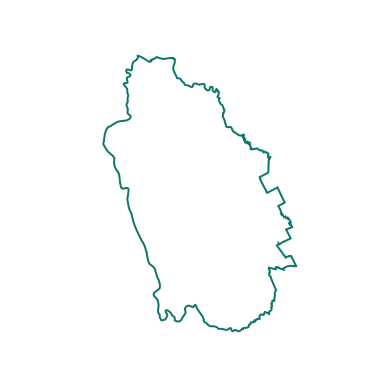 Ignacio de la Llave, Veracruz, Mexico, rotated 153°
{"feature_id": "50627088B21010720100332", "entity_name": "Ignacio de la Llave", "entity_type": "district", "adm_level": 2, "iso_a3": "MEX", "parent_name": "Mexico", "parent_adm1": "Veracruz", "projection": "natural_earth1", "projection_center": [-95.975, 18.656], "detail": "fine", "context": "isolated", "style": "outline", "palette": "teal", "viewbox_px": 384, "rotation_deg": 153, "n_neighbors": 0, "source": "geoboundaries", "source_scale": "gbopen_adm2", "svg_char_len": 5983}
<svg xmlns="http://www.w3.org/2000/svg" viewBox="0 0 384 384"><g transform="rotate(153 192 192)"><path d="M178.6,48.3L178.2,48.6L178.2,49.6L177.6,50.3L175.2,50.7L174.0,51.7L174.0,53.2L173.7,53.4L172.6,53.7L172.1,54.5L172.3,55.9L172.1,56.5L170.8,56.8L170.3,58.0L169.6,58.7L168.6,58.2L168.3,57.7L167.9,57.7L166.8,60.1L165.1,61.9L164.9,62.9L164.4,64.2L162.8,65.7L161.7,66.2L160.8,78.5L160.7,79.6L160.4,80.2L160.7,82.8L160.8,82.8L159.9,84.9L159.0,85.1L158.3,88.1L158.4,88.8L157.8,89.6L152.6,85.1L152.1,85.8L152.1,86.3L151.8,86.5L151.0,86.1L150.9,86.6L149.4,85.4L149.2,85.6L148.9,84.8L149.0,84.6L145.6,81.2L145.5,82.3L143.0,82.6L141.5,82.6L137.9,81.6L135.0,79.9L133.7,78.9L132.8,78.7L132.8,90.1L134.6,90.9L135.6,90.8L137.5,91.5L138.3,91.1L140.7,105.9L138.2,106.6L138.1,106.8L137.9,105.6L134.7,106.2L125.2,105.8L125.1,115.9L118.7,115.2L118.6,118.3L119.7,118.3L119.7,120.3L117.7,120.4L117.8,124.0L118.6,124.0L118.4,125.8L120.0,125.9L119.8,127.7L121.5,127.8L121.5,130.8L122.4,130.7L122.5,132.5L121.9,132.4L121.4,136.4L121.5,140.4L114.2,140.4L113.8,157.3L125.4,157.1L125.6,170.2L125.5,172.3L125.2,172.3L125.0,174.5L115.2,174.7L109.5,185.0L106.4,187.6L107.6,188.5L108.4,188.1L108.4,188.5L107.9,189.7L106.5,191.3L106.8,191.8L106.9,192.9L107.9,193.2L108.3,193.7L108.7,194.8L109.2,194.9L110.1,194.7L110.4,194.9L110.3,196.9L111.1,197.5L112.3,197.9L112.8,198.8L113.6,199.7L114.1,201.2L115.3,201.7L116.4,201.8L119.8,203.0L120.3,203.6L119.9,204.1L119.1,204.2L119.4,206.2L119.1,207.6L118.4,208.0L118.3,208.3L119.3,208.2L119.5,208.3L119.9,210.2L119.6,210.6L118.9,210.6L119.6,211.5L119.8,211.4L120.0,210.7L120.3,210.4L120.8,210.4L121.2,210.8L121.4,212.1L122.1,212.2L122.0,212.6L121.3,212.9L121.9,214.0L121.3,214.0L121.1,214.3L121.7,214.9L121.7,215.1L120.9,215.4L121.6,216.0L121.6,216.3L120.9,216.2L120.8,216.5L121.8,216.8L122.0,217.5L121.8,217.8L121.0,217.8L120.6,218.3L120.8,219.2L120.6,219.4L119.9,219.5L120.0,219.7L120.4,219.9L120.9,219.8L121.1,219.3L121.4,219.1L122.0,219.7L123.5,220.5L124.6,221.5L124.9,222.3L125.3,222.6L126.8,225.8L127.4,226.1L128.0,228.8L127.8,229.2L127.7,231.2L127.8,231.9L128.5,232.8L129.3,232.8L131.4,234.0L131.6,234.5L131.7,235.1L131.2,236.5L131.1,238.9L130.7,239.7L130.5,241.1L130.2,245.6L128.7,247.3L128.6,248.1L128.4,248.4L127.1,248.6L125.9,250.3L126.3,251.0L125.9,251.6L125.5,255.5L126.4,257.2L126.6,258.3L126.5,261.2L126.2,261.9L124.8,263.0L125.0,263.6L125.7,264.2L126.1,264.8L126.1,265.3L125.7,265.7L124.3,266.4L123.5,267.9L122.6,268.8L123.3,270.4L123.0,271.3L123.2,272.2L123.4,272.5L124.3,272.3L125.3,270.6L126.0,270.5L126.5,270.7L127.1,271.5L127.5,273.2L127.2,274.1L126.4,275.2L126.1,276.0L126.6,276.7L127.4,277.1L128.3,277.0L130.1,275.2L130.5,275.0L132.2,275.6L132.8,276.7L133.4,278.8L132.1,281.8L132.4,282.8L133.1,283.3L136.7,284.3L138.0,285.4L139.1,286.8L140.2,287.4L141.2,287.5L142.0,287.2L142.4,287.0L143.7,285.5L145.0,285.7L146.7,288.2L148.0,289.5L148.9,289.9L149.5,290.6L149.7,291.2L149.7,293.5L150.9,295.7L150.8,297.7L151.1,298.3L151.6,298.8L153.5,300.2L153.2,308.5L153.2,309.6L151.4,312.5L149.1,314.5L147.3,317.4L147.1,317.9L147.3,318.6L147.8,318.7L148.0,319.3L147.7,319.7L148.0,320.1L148.6,320.0L149.2,320.2L149.4,320.9L157.6,323.7L162.3,328.3L165.9,327.7L166.6,328.2L168.7,328.3L168.7,327.2L169.9,327.0L171.1,327.5L174.8,333.7L176.7,336.3L178.5,338.0L179.2,336.3L179.9,335.7L182.2,334.7L184.7,334.7L185.9,334.0L188.5,331.1L189.6,328.7L190.3,328.2L191.4,328.1L192.9,329.7L194.1,330.7L195.5,330.2L195.8,329.3L195.8,327.9L195.6,327.3L194.3,326.5L193.8,325.3L193.8,324.0L194.0,323.7L194.6,323.4L198.0,323.4L198.8,322.3L199.4,319.4L199.9,318.8L201.1,318.8L202.5,319.6L203.3,319.6L203.8,319.3L203.9,318.5L203.0,313.4L203.2,312.5L204.6,309.7L204.8,307.5L205.1,306.7L206.9,304.7L208.2,301.7L210.6,299.8L211.0,298.8L211.4,295.4L213.6,291.6L213.5,290.7L212.3,288.0L212.5,286.9L213.2,286.2L214.2,285.6L215.7,285.4L218.1,285.6L225.2,288.1L228.2,288.3L232.7,288.0L234.6,287.6L237.6,287.9L240.1,286.4L243.1,283.5L245.3,280.5L247.5,277.1L249.0,275.5L249.3,274.6L249.0,269.2L248.7,267.0L248.6,266.2L246.1,260.1L245.8,258.1L245.9,257.2L246.7,255.7L247.9,254.1L249.2,250.4L249.4,248.4L249.4,247.0L248.8,242.1L249.4,239.4L251.6,233.7L253.0,228.9L253.1,227.9L252.2,226.4L251.2,225.9L249.5,225.8L248.4,225.3L247.6,224.7L247.2,223.7L248.5,221.0L253.1,214.6L253.8,211.6L255.1,207.9L255.8,203.7L255.8,200.0L257.4,193.6L258.3,188.2L258.7,182.7L258.9,172.4L258.6,167.3L258.9,164.3L260.0,158.2L261.9,152.4L262.6,148.1L262.4,146.9L260.8,143.7L260.1,141.9L260.2,139.6L261.7,131.3L261.6,129.0L262.6,124.1L263.9,121.6L264.9,120.7L266.2,120.4L271.2,119.5L272.3,118.7L272.8,118.0L272.9,116.2L272.2,114.0L271.7,112.0L272.0,109.6L273.2,106.2L274.0,104.8L275.3,103.2L276.3,101.3L276.9,99.8L276.5,97.6L277.2,96.1L277.6,94.6L277.6,92.0L277.4,91.3L273.7,90.6L272.1,91.4L269.9,93.5L269.7,94.0L269.8,96.3L269.7,97.6L269.0,98.4L268.5,98.3L267.6,97.7L266.7,96.4L266.2,95.1L265.7,92.9L265.5,90.3L264.6,88.9L264.5,88.5L264.7,87.1L265.4,85.9L265.4,85.0L264.1,83.4L262.5,82.6L261.6,82.4L259.7,82.9L257.0,84.7L253.0,86.9L252.1,88.1L251.8,90.0L251.4,91.0L250.9,91.6L249.1,92.6L247.0,92.5L246.0,91.7L243.3,89.0L242.6,89.0L241.5,89.8L240.5,90.0L240.1,89.1L240.4,85.6L239.0,75.2L239.5,72.9L239.9,72.5L240.1,71.1L240.0,70.4L238.5,68.5L238.4,67.6L237.8,65.8L236.7,64.2L233.4,62.3L232.0,61.2L230.9,59.8L230.8,58.7L230.3,57.9L229.3,57.3L227.9,56.9L225.4,54.6L223.8,53.4L222.4,53.2L219.8,53.5L219.3,53.1L219.2,52.3L219.5,50.8L219.3,49.8L218.9,49.5L216.5,49.5L215.5,49.0L214.3,47.2L213.8,46.9L213.1,46.6L211.5,46.6L209.4,47.4L209.0,47.4L208.7,46.8L208.2,47.3L207.8,47.3L207.1,47.1L205.8,46.5L205.1,46.5L204.4,46.1L203.2,46.0L202.6,46.3L201.6,47.8L200.7,47.6L199.5,48.2L198.7,49.1L196.4,48.0L195.9,48.6L194.9,48.1L194.8,48.9L194.3,49.4L193.3,48.7L192.7,48.7L191.9,49.2L191.4,49.2L190.3,48.7L189.9,48.2L189.4,48.2L189.1,48.5L189.0,49.4L188.2,50.8L186.2,51.7L185.5,51.3L184.8,50.7L184.6,50.2L184.1,50.0L183.0,50.6L182.0,51.9L181.6,52.1L179.8,50.1L178.6,48.3Z" fill="none" stroke="#0f766e" stroke-width="2"/></g></svg>